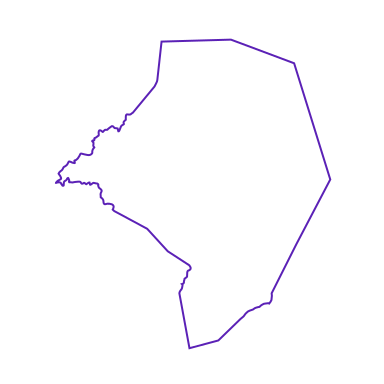 outline of El Rosario, Olancho, Honduras, rotated 276°
{"feature_id": "27666195B45441120072404", "entity_name": "El Rosario", "entity_type": "district", "adm_level": 2, "iso_a3": "HND", "parent_name": "Honduras", "parent_adm1": "Olancho", "projection": "orthographic", "projection_center": [-86.7, 14.904], "detail": "fine", "context": "isolated", "style": "outline", "palette": "violet", "viewbox_px": 384, "rotation_deg": 276, "n_neighbors": 0, "source": "geoboundaries", "source_scale": "gbopen_adm2", "svg_char_len": 5463}
<svg xmlns="http://www.w3.org/2000/svg" viewBox="0 0 384 384"><g transform="rotate(276 192 192)"><path d="M150.9,301.2L218.9,328.2L330.7,280.1L347.6,214.8L338.4,146.0L299.7,145.8L298.2,145.6L297.3,145.3L296.1,144.9L293.0,143.7L264.7,124.9L263.9,123.9L263.1,123.1L262.9,122.9L262.7,122.5L262.5,122.1L262.5,121.5L262.4,121.0L262.4,119.9L262.4,119.2L262.2,118.9L261.9,118.6L261.6,118.5L261.4,118.4L260.8,118.3L260.3,118.3L259.8,118.3L257.8,118.5L257.0,118.6L256.8,118.5L256.6,118.4L256.1,117.8L255.4,117.3L254.9,116.9L254.7,116.8L254.2,116.7L253.8,116.7L253.5,116.8L252.9,117.0L252.7,117.1L252.3,117.1L252.2,117.0L251.8,116.5L250.9,115.3L250.6,115.0L250.2,114.8L249.9,114.6L249.0,114.3L246.0,113.5L245.2,113.2L244.8,112.9L244.7,112.7L244.7,112.4L244.9,112.3L245.4,112.1L247.2,111.5L247.4,111.4L247.5,110.3L247.5,108.7L247.5,108.4L247.7,108.1L247.9,107.9L248.6,107.1L248.9,106.7L249.1,106.3L249.1,106.1L249.1,105.9L249.1,105.5L248.9,105.1L248.6,104.8L248.1,104.2L246.7,102.7L245.9,101.9L245.2,101.4L245.0,101.1L244.8,99.2L244.7,99.0L243.8,98.1L242.7,97.3L242.4,97.0L242.4,96.9L243.6,94.9L243.7,94.6L243.7,94.2L243.7,93.9L243.6,93.5L243.4,93.3L243.0,93.1L242.7,93.0L241.8,92.9L241.3,92.9L240.4,93.1L239.1,93.3L238.7,93.3L238.2,93.1L237.8,92.5L237.0,91.7L236.5,91.2L235.8,90.3L235.5,89.6L235.3,89.4L235.1,89.3L234.7,89.3L234.2,89.4L233.8,89.5L233.3,89.3L233.0,89.1L232.9,88.9L232.8,88.6L232.9,88.1L232.8,87.8L232.7,87.7L232.4,87.5L232.2,87.4L231.8,87.7L231.4,88.2L231.0,88.6L230.8,88.8L230.2,88.9L229.5,89.0L229.0,89.0L228.3,88.9L227.8,89.0L227.5,89.1L226.9,89.4L226.7,89.6L226.4,90.0L226.1,90.2L225.9,90.1L225.7,89.7L225.0,89.5L224.4,89.1L224.1,89.0L223.6,88.8L223.1,88.7L222.4,88.6L221.5,88.6L220.8,88.7L220.5,88.7L220.1,88.6L219.6,88.3L219.3,88.1L219.0,87.8L218.8,87.6L218.6,87.2L218.3,86.8L218.1,86.3L218.0,85.9L217.9,85.5L217.9,84.5L217.9,84.0L218.2,81.0L218.6,78.2L218.6,77.7L218.5,77.4L218.4,77.2L217.9,76.9L217.4,76.7L216.7,76.5L216.4,76.4L213.8,75.1L213.3,74.8L212.4,74.0L211.8,73.4L211.4,72.9L211.4,72.7L211.3,72.4L211.2,72.2L211.0,71.9L210.9,71.8L210.7,71.8L210.2,71.9L209.9,72.0L209.5,72.2L209.1,72.3L208.7,72.4L208.5,72.2L208.5,71.7L208.7,69.8L208.8,69.6L209.0,69.2L209.1,68.9L209.3,68.0L209.5,67.3L209.5,66.9L209.5,66.7L209.4,66.4L209.2,66.2L207.2,65.4L206.5,65.1L206.1,64.9L205.4,64.3L204.8,63.7L204.2,63.0L203.7,62.2L203.2,61.8L203.0,61.6L202.1,61.3L200.9,60.8L200.4,60.5L199.8,60.0L199.0,59.1L198.0,58.3L197.7,58.0L197.2,57.8L196.6,57.5L196.3,57.4L195.0,58.5L194.4,59.1L193.4,59.7L192.6,60.2L192.3,60.3L192.0,60.4L191.7,60.4L191.3,60.3L191.0,60.0L190.4,59.2L189.3,57.6L188.5,56.8L188.0,56.4L187.5,56.1L187.1,55.8L186.9,55.8L186.9,56.0L187.1,56.2L187.2,56.5L187.8,58.8L187.8,59.1L187.7,59.6L187.6,59.9L187.5,60.2L187.3,60.5L187.1,60.7L186.9,60.9L186.4,61.1L186.3,61.3L185.9,61.6L185.8,61.8L185.7,62.0L185.1,62.2L184.9,62.4L184.8,62.7L184.7,62.9L184.7,63.1L184.8,63.3L185.0,63.6L185.3,63.7L185.7,63.7L186.5,63.6L187.8,63.6L188.3,63.6L188.9,63.8L189.2,64.0L189.5,64.2L189.7,64.5L190.0,64.9L190.2,65.2L191.0,66.0L191.4,66.2L191.7,66.3L192.2,66.4L192.5,66.6L192.8,66.9L192.9,67.1L193.0,67.3L192.9,67.5L192.6,67.7L191.3,68.4L190.7,68.7L190.3,68.7L189.8,68.6L189.5,68.6L189.3,68.7L189.0,68.8L188.9,68.9L188.9,69.0L188.9,69.3L189.0,69.8L189.0,71.3L189.0,71.9L189.0,72.2L189.1,72.6L189.4,73.4L189.8,74.9L190.4,77.8L190.5,78.7L190.5,79.1L190.5,79.4L190.4,79.7L190.3,79.9L190.2,80.1L190.0,80.3L189.6,80.6L189.2,80.9L189.0,81.2L188.8,81.5L188.8,81.9L188.9,82.2L189.0,82.6L189.2,82.8L189.6,83.3L189.8,83.7L189.8,84.0L189.7,84.3L189.6,84.5L189.2,85.0L188.8,85.7L188.7,86.0L190.3,88.0L190.6,88.5L190.7,88.9L190.7,89.1L189.1,89.7L188.7,89.8L188.6,90.1L188.7,90.4L188.9,90.7L190.4,92.4L190.6,92.7L190.7,92.9L190.8,93.4L190.7,94.1L190.5,95.9L190.5,96.9L190.4,97.1L190.3,97.3L190.2,97.5L189.9,97.8L189.7,98.0L189.0,98.1L188.9,98.1L188.6,98.0L187.2,98.6L186.9,98.8L186.5,99.1L186.1,99.6L185.5,100.6L185.1,101.1L184.5,101.7L184.2,101.9L183.9,102.0L183.7,102.0L183.2,102.0L182.5,101.8L181.4,101.4L181.2,101.4L180.7,101.3L180.1,101.3L179.7,101.4L179.1,101.5L178.0,101.7L177.4,101.7L177.2,101.8L176.9,102.2L176.6,102.7L176.3,103.2L176.0,103.5L175.5,104.0L175.0,104.4L174.5,104.6L174.0,104.8L173.6,104.9L172.8,105.0L171.9,105.3L171.4,105.5L171.2,105.7L171.0,105.9L170.9,106.1L170.8,106.3L170.8,106.9L171.0,107.6L171.4,108.7L171.5,109.1L171.6,109.5L171.5,110.1L171.7,110.5L171.6,111.6L171.5,112.7L171.4,113.5L171.2,114.0L170.9,114.5L170.7,114.8L170.4,115.0L169.9,115.4L169.7,115.5L169.1,115.6L168.7,115.6L168.0,115.5L167.0,115.3L166.2,115.0L164.9,116.7L164.7,117.2L150.7,151.3L130.5,174.1L118.8,197.0L117.9,197.7L117.4,198.1L116.7,198.5L116.2,198.6L115.9,198.6L115.4,198.6L115.1,198.5L114.8,198.3L114.3,197.9L114.1,197.6L113.8,197.3L113.7,197.1L113.6,196.7L113.4,196.4L113.1,196.1L112.7,195.9L111.9,195.7L111.1,195.7L109.5,195.8L107.8,195.9L107.6,195.9L107.3,195.9L107.1,195.8L106.7,195.5L106.1,194.9L105.3,194.0L105.0,193.8L104.8,193.6L104.6,193.6L103.8,193.6L102.5,193.3L101.6,193.4L101.2,193.4L100.9,193.4L100.6,193.2L100.2,193.0L99.9,192.6L99.7,192.2L99.4,191.6L98.9,192.3L97.6,192.3L95.3,192.1L93.9,191.6L93.6,191.3L92.7,190.8L91.7,190.3L90.1,190.0L89.0,190.3L36.4,205.8L47.1,233.7L70.7,253.4L73.7,256.3L76.6,258.0L78.9,260.0L80.0,261.7L81.5,264.9L83.0,266.6L83.7,267.9L84.4,269.7L84.8,271.1L86.2,272.3L87.0,273.2L88.3,275.1L88.7,276.5L89.4,279.5L89.1,280.4L91.1,281.6L92.9,282.3L97.1,282.3L99.6,281.8L150.9,301.2Z" fill="none" stroke="#5b21b6" stroke-width="2"/></g></svg>